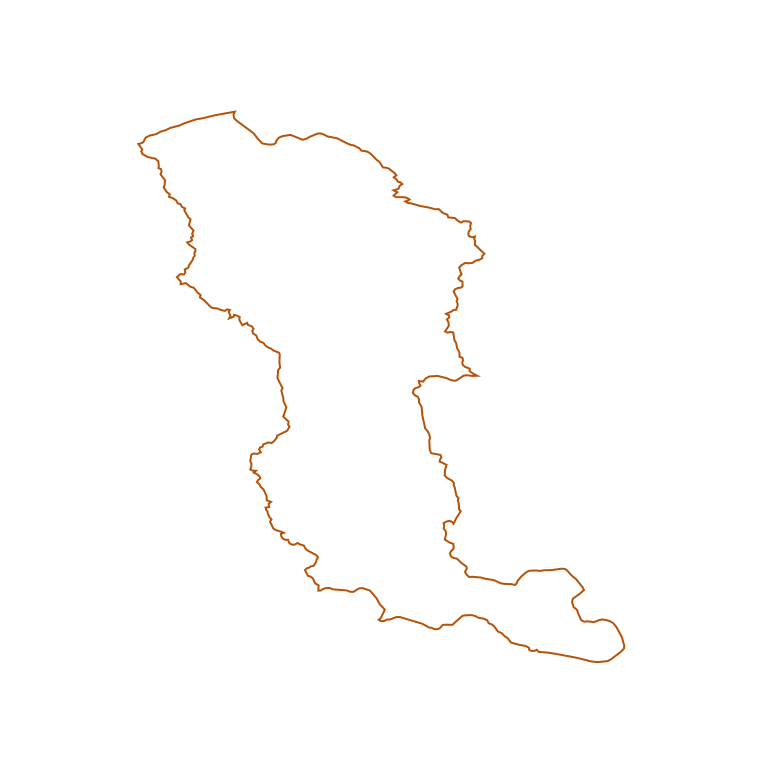 the district of Lurambi, Western, Kenya, rotated 283°
{"feature_id": "3690345B89314071613008", "entity_name": "Lurambi", "entity_type": "district", "adm_level": 2, "iso_a3": "KEN", "parent_name": "Kenya", "parent_adm1": "Western", "projection": "equal_earth", "projection_center": [34.691, 0.273], "detail": "fine", "context": "isolated", "style": "outline", "palette": "amber", "viewbox_px": 768, "rotation_deg": 283, "n_neighbors": 0, "source": "geoboundaries", "source_scale": "gbopen_adm2", "svg_char_len": 6146}
<svg xmlns="http://www.w3.org/2000/svg" viewBox="0 0 768 768"><g transform="rotate(283 384 384)"><path d="M161.1,655.0L164.4,664.4L167.2,667.5L176.6,675.2L180.3,677.3L182.8,677.1L190.7,672.8L199.3,665.3L202.6,661.0L203.6,658.0L204.0,653.9L203.7,649.6L202.4,646.8L199.2,642.1L198.6,636.0L197.5,632.8L198.1,629.4L204.6,624.4L207.3,623.0L209.3,618.9L214.1,616.2L217.3,616.3L223.6,621.9L228.3,625.2L230.9,622.9L237.0,615.2L239.7,609.7L243.6,604.3L244.5,601.8L244.0,598.6L240.2,588.7L238.6,581.9L237.1,578.6L236.5,574.2L234.7,567.4L232.6,565.0L227.8,561.4L222.4,558.5L219.5,558.1L217.7,556.9L217.6,552.7L216.3,546.4L216.1,542.4L217.6,535.4L217.0,525.1L217.3,522.6L216.1,513.8L215.1,510.3L216.9,507.3L219.0,505.2L222.9,506.2L224.7,505.3L227.0,499.7L230.2,494.5L230.2,490.8L231.1,488.0L233.9,486.3L236.8,487.2L238.6,488.6L241.1,488.5L243.9,487.4L244.2,483.9L246.1,478.2L251.5,478.3L254.3,477.4L256.8,474.6L259.2,474.6L261.9,473.4L264.0,475.8L265.4,478.5L265.0,481.1L263.4,483.2L269.2,484.5L277.3,487.4L279.0,485.2L283.4,484.1L287.6,482.0L289.6,482.3L290.9,480.2L292.9,479.0L299.2,476.1L300.9,474.8L303.4,474.4L305.1,471.9L306.7,466.4L308.6,463.7L314.1,462.8L319.3,463.1L321.0,455.6L323.1,455.6L325.4,456.5L327.6,454.9L327.2,445.5L330.3,443.3L339.3,440.8L341.7,441.1L345.4,439.2L347.6,437.3L350.0,434.1L362.1,428.4L370.0,425.9L374.0,422.2L376.7,421.7L379.2,419.9L379.8,416.9L381.7,414.2L385.1,414.1L386.8,415.2L388.5,418.2L390.6,420.0L392.6,418.2L394.8,417.3L395.1,421.5L399.0,423.5L401.6,426.6L403.9,434.5L403.8,443.8L402.9,447.9L402.9,451.1L403.6,453.6L410.0,459.7L411.1,462.4L411.8,468.6L413.0,473.0L414.1,468.7L415.8,464.5L418.2,464.1L419.0,458.8L420.6,456.2L422.8,455.4L425.0,455.7L427.3,454.4L427.3,451.6L431.5,450.5L435.4,447.2L440.4,444.9L442.7,442.7L449.8,439.9L449.6,436.9L448.3,434.2L449.0,431.7L455.5,434.1L458.8,432.8L461.0,430.8L463.7,432.7L465.4,431.9L466.3,428.7L469.5,433.1L471.7,435.1L472.5,437.6L477.1,438.1L479.2,437.5L481.1,436.1L483.2,436.6L489.8,431.0L492.1,431.8L494.1,434.4L495.2,437.3L496.9,438.6L501.4,437.4L501.9,434.8L503.5,432.6L506.2,433.5L508.2,434.9L514.3,431.1L517.3,432.8L520.2,435.9L520.7,439.5L522.1,443.3L524.8,445.5L526.2,448.5L528.7,451.4L531.0,451.0L533.5,452.5L540.1,441.3L543.9,440.6L545.7,439.2L548.1,439.4L546.9,437.1L547.2,433.4L549.2,432.4L551.8,432.3L554.5,433.6L557.5,432.4L560.4,432.6L561.5,430.3L561.0,427.2L560.4,424.7L558.6,422.7L559.8,418.8L561.6,415.9L560.8,409.1L563.2,407.7L563.9,402.9L566.7,397.9L565.8,394.8L566.0,387.9L565.6,379.4L566.1,369.9L565.8,366.5L566.7,363.7L568.0,366.0L569.6,367.3L570.4,364.6L570.6,361.9L568.8,353.8L569.7,351.0L573.9,353.9L574.8,349.8L577.5,354.2L580.6,354.7L582.9,356.9L584.1,354.9L584.3,351.8L586.2,350.2L587.6,347.0L590.2,349.1L591.9,346.8L595.0,340.3L595.2,336.9L594.8,334.2L599.5,329.5L600.6,326.7L605.6,318.7L606.7,315.4L606.3,309.3L608.1,307.1L609.7,300.6L609.5,297.6L610.2,293.7L612.9,283.1L612.5,273.5L614.0,267.0L613.1,263.0L608.1,256.0L605.5,253.2L603.7,249.8L605.7,236.9L602.7,229.4L600.4,226.2L597.2,224.5L594.5,224.2L592.7,222.6L591.4,218.1L591.0,211.3L594.5,205.9L598.9,200.7L607.3,181.4L609.2,178.2L612.6,176.7L615.8,177.5L608.0,159.1L602.3,147.9L599.5,141.2L592.8,130.3L590.1,126.9L585.4,118.1L582.2,114.2L579.8,109.7L576.2,105.8L573.2,99.5L570.5,96.4L565.4,95.0L564.0,93.4L562.6,90.7L558.0,95.8L556.1,95.1L553.8,96.8L552.0,102.7L552.1,110.6L550.2,114.0L545.9,115.5L543.6,115.7L543.2,118.4L540.9,119.5L538.0,119.1L533.3,124.8L528.4,125.5L526.0,125.1L522.2,129.1L520.7,132.5L518.0,132.5L517.6,136.2L516.1,140.3L513.7,142.3L513.4,145.2L511.0,147.5L510.3,150.7L508.4,150.3L502.3,155.9L501.0,158.4L494.7,158.2L490.6,163.9L487.4,163.3L485.0,164.7L483.2,163.0L481.2,164.7L479.5,163.5L477.7,160.4L475.8,163.0L473.1,169.8L471.0,170.4L469.0,169.7L466.4,170.7L464.3,169.8L462.3,169.8L455.7,167.3L453.4,167.2L450.7,164.1L448.1,165.3L445.7,164.5L445.2,160.8L441.6,158.2L438.1,162.9L435.5,163.4L437.7,168.3L435.2,173.5L435.0,176.9L431.2,181.8L429.3,185.4L427.0,185.1L425.3,189.5L419.7,198.4L419.6,201.1L420.1,204.8L419.4,208.9L419.5,212.6L421.5,214.4L421.4,217.2L419.3,216.4L415.7,219.1L413.1,218.4L415.8,222.4L417.6,222.3L417.6,225.1L416.7,228.4L414.1,228.5L409.4,232.7L412.8,236.9L411.0,238.0L410.4,242.4L408.4,244.5L406.1,243.7L403.9,245.0L402.5,248.6L399.1,250.9L397.3,254.1L396.9,257.4L394.8,259.7L393.5,263.0L393.0,266.3L391.8,268.5L390.9,274.7L389.2,275.8L381.2,277.3L376.5,279.1L373.8,277.7L365.6,278.9L357.0,286.2L354.5,285.4L347.5,289.1L344.5,290.0L339.4,294.1L329.5,293.2L325.9,299.5L322.9,299.7L321.1,301.5L316.6,300.1L309.6,291.5L307.5,291.6L303.2,289.5L301.2,287.7L301.0,284.4L297.9,279.9L295.6,279.8L294.2,277.5L292.2,277.0L289.8,279.3L287.3,276.1L287.0,272.7L285.4,270.6L278.8,271.0L276.5,272.8L273.4,273.3L270.7,272.9L270.0,275.7L270.6,278.7L268.3,277.1L267.5,280.6L266.3,283.2L264.2,284.7L262.0,282.9L259.8,282.2L258.2,285.3L256.0,287.1L254.2,290.3L248.7,294.6L244.3,296.0L243.7,300.4L241.3,298.5L238.2,299.8L237.0,296.4L235.1,297.3L233.7,299.0L231.2,300.2L228.5,302.4L226.8,304.8L224.2,303.9L218.1,308.9L217.2,312.4L217.0,317.0L216.4,319.8L214.8,317.2L212.3,318.3L210.8,319.9L210.0,322.5L210.6,325.5L207.6,327.6L206.7,330.9L207.6,333.4L209.6,335.5L208.7,338.5L208.6,342.2L206.5,343.9L204.8,346.2L202.0,356.5L200.4,358.6L197.5,357.8L195.2,357.9L191.0,356.3L190.0,354.0L188.4,352.5L187.0,350.2L185.0,348.8L180.0,353.0L179.8,355.9L178.7,358.2L174.2,362.0L173.1,365.6L167.9,366.5L168.6,368.9L170.3,370.4L172.0,373.0L173.0,376.9L172.4,380.2L174.5,394.4L173.9,397.5L174.7,401.1L179.2,405.6L180.3,409.0L179.5,416.8L173.5,425.0L168.4,429.4L164.3,435.6L155.0,433.5L153.1,431.9L152.2,434.2L153.1,437.5L155.1,439.8L156.0,442.9L159.7,448.4L160.5,452.1L159.0,475.3L156.9,482.6L157.1,485.6L156.5,488.1L157.0,490.9L158.3,493.1L162.3,495.3L163.2,497.6L164.7,504.8L175.7,512.5L177.0,515.5L178.6,521.6L178.4,525.1L177.5,528.6L177.8,534.2L177.0,537.7L174.4,539.9L173.9,543.5L172.6,545.9L168.5,550.6L167.7,554.8L165.4,558.3L164.3,561.4L160.6,566.0L160.3,574.8L160.6,580.9L159.7,584.4L157.5,585.4L157.1,587.8L157.7,590.4L159.4,592.6L157.8,595.0L159.2,604.8L159.7,612.0L160.6,634.0L160.3,648.5L161.1,655.0Z" fill="none" stroke="#b45309" stroke-width="2"/></g></svg>